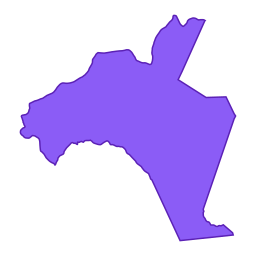 Duyure, Choluteca, Honduras (Albers equal-area conic projection)
{"feature_id": "27666195B17818037881186", "entity_name": "Duyure", "entity_type": "district", "adm_level": 2, "iso_a3": "HND", "parent_name": "Honduras", "parent_adm1": "Choluteca", "projection": "albers", "projection_center": [-86.827, 13.631], "detail": "fine", "context": "isolated", "style": "filled", "palette": "violet", "viewbox_px": 256, "rotation_deg": 0, "n_neighbors": 0, "source": "geoboundaries", "source_scale": "gbopen_adm2", "svg_char_len": 5652}
<svg xmlns="http://www.w3.org/2000/svg" viewBox="0 0 256 256"><path d="M233.2,235.0L232.6,232.8L223.3,224.8L221.1,225.8L220.7,225.8L219.8,225.6L219.4,225.6L219.1,225.6L218.3,225.9L217.7,226.4L217.3,226.4L216.6,226.4L215.8,226.2L215.4,226.0L215.0,225.6L214.7,225.5L214.1,225.2L213.6,225.0L213.1,225.0L212.3,225.0L211.6,225.0L211.2,225.0L210.9,225.0L210.5,224.5L210.0,223.5L209.4,222.6L209.0,222.2L208.8,222.0L208.5,221.9L207.7,221.8L207.4,221.7L207.1,221.6L206.5,221.1L205.9,220.4L204.9,218.3L204.2,217.5L203.8,216.9L203.7,216.7L203.4,215.9L203.3,215.0L203.2,212.7L203.3,212.2L203.6,212.0L203.7,211.9L203.8,211.5L203.8,211.1L203.7,210.8L203.4,210.1L203.3,209.7L203.3,209.2L203.4,208.7L234.1,118.9L235.6,116.0L234.1,113.7L226.0,96.9L206.1,97.5L178.1,79.7L182.1,71.4L204.8,20.8L205.1,20.6L204.6,20.2L203.7,19.8L203.1,19.7L200.5,19.7L199.2,19.9L198.4,19.9L197.8,19.6L197.2,19.3L196.1,18.6L195.3,18.3L194.4,18.1L193.7,18.0L193.2,18.0L192.5,18.1L191.1,18.6L189.9,19.0L189.2,19.4L188.8,19.6L188.0,20.4L187.5,21.1L187.4,21.4L187.3,21.9L187.2,22.2L186.9,22.9L186.5,23.4L185.9,24.1L184.1,25.8L183.4,26.3L183.1,26.4L182.9,26.4L182.7,26.3L182.1,25.8L180.7,24.6L180.3,24.1L179.9,23.5L179.5,22.7L178.0,19.5L177.4,18.3L176.5,16.4L176.2,16.0L176.0,15.8L175.9,15.7L174.6,15.4L173.9,15.4L173.6,15.5L173.3,15.8L173.1,16.3L173.0,17.2L172.9,18.1L172.8,18.4L172.4,19.3L171.8,20.1L171.5,20.5L170.7,21.1L169.7,22.0L168.1,24.0L167.1,25.2L166.7,25.7L166.4,26.2L166.1,26.6L165.7,27.0L165.1,27.3L162.2,29.0L161.7,29.4L161.0,30.0L160.5,30.6L158.8,33.2L157.7,34.7L156.7,36.2L155.7,38.0L154.0,42.6L153.9,43.5L152.5,47.5L152.3,48.3L152.3,48.9L152.3,49.3L151.9,52.9L152.1,54.2L152.2,54.7L152.6,55.6L152.7,56.5L152.7,57.2L152.7,58.2L152.5,60.1L152.4,60.8L151.7,63.2L151.5,63.5L151.3,63.9L151.0,64.1L150.7,64.3L150.3,64.4L149.9,64.5L149.6,64.5L146.5,63.2L145.5,62.9L144.3,62.8L143.0,62.9L142.5,62.8L141.9,62.7L140.5,62.2L138.7,61.3L137.3,60.8L136.7,60.5L136.4,60.2L136.0,59.7L135.5,58.7L135.0,57.4L134.8,57.0L133.7,55.5L132.5,53.5L131.7,52.3L131.1,51.7L130.0,50.7L129.3,50.2L129.0,50.1L128.6,49.9L127.6,49.8L127.0,49.8L126.6,49.8L126.1,49.9L124.7,50.3L122.6,50.7L121.5,50.8L119.6,50.9L116.7,51.2L111.5,51.9L109.4,52.3L106.9,52.7L105.0,53.0L104.0,53.1L102.3,53.0L100.6,52.9L98.6,52.7L98.2,52.7L97.9,52.7L97.6,53.0L97.1,53.3L96.2,54.1L95.6,55.1L95.1,56.0L93.6,58.1L92.8,59.2L92.6,59.7L92.5,60.1L92.5,61.3L92.4,62.2L92.4,62.7L92.2,63.3L92.0,63.7L91.5,64.7L89.4,68.3L88.6,70.5L88.4,70.9L88.0,71.4L87.1,72.6L86.4,73.3L85.7,74.1L85.1,74.8L84.1,75.5L82.6,76.7L81.7,77.2L80.5,77.7L79.1,78.5L74.6,81.4L73.4,82.0L70.4,82.9L69.2,83.1L67.3,83.3L66.0,83.3L64.6,83.1L63.5,83.0L62.6,83.0L61.2,83.5L59.8,84.5L57.4,87.1L56.6,88.3L55.7,89.7L54.9,90.7L54.1,91.7L53.2,92.5L52.0,93.3L51.0,93.7L47.0,95.4L42.7,98.3L40.6,98.9L38.4,99.9L36.4,100.6L34.7,101.0L31.9,102.4L30.0,103.3L29.6,103.5L29.4,104.7L29.4,105.5L29.5,106.6L29.6,107.2L29.7,107.6L29.7,108.0L29.7,108.4L29.5,109.0L29.1,109.9L28.8,111.2L28.5,112.1L27.9,113.1L27.7,113.3L26.9,113.9L26.1,114.5L22.5,115.2L21.9,115.5L21.6,115.7L21.5,115.9L21.4,116.2L21.4,116.6L21.9,117.7L23.0,121.2L23.1,121.6L23.1,122.3L23.2,122.5L23.5,122.9L23.8,123.9L24.1,124.8L24.4,125.4L24.9,126.2L25.0,126.7L25.0,126.9L24.8,127.1L24.4,127.5L24.0,127.7L23.3,127.9L22.8,128.2L21.5,129.4L21.0,129.9L20.7,130.4L20.6,130.6L20.5,131.3L20.4,131.9L20.4,132.4L20.5,132.9L20.6,133.3L20.7,133.6L21.0,134.0L21.3,134.4L21.7,134.9L22.7,135.6L23.2,136.0L23.8,136.8L24.2,137.1L24.9,137.6L25.3,137.8L25.7,137.9L26.5,138.0L27.9,138.1L28.7,138.1L29.1,138.0L29.5,137.9L29.9,137.6L32.1,135.8L32.4,135.6L32.6,135.5L33.7,135.7L34.8,135.9L37.9,137.8L38.3,138.1L38.8,138.6L39.2,139.2L39.4,139.9L39.6,140.6L39.8,141.7L39.9,143.6L40.0,145.5L40.2,147.9L40.4,149.9L40.5,150.4L40.7,151.0L40.9,151.2L41.1,151.4L41.7,151.8L42.0,152.0L44.1,154.2L46.2,157.8L48.4,160.1L49.5,161.1L50.3,161.7L51.8,162.6L53.4,163.3L53.9,163.6L54.5,164.1L54.6,164.4L54.7,164.8L54.8,164.9L55.0,165.0L55.1,164.9L55.5,164.4L55.9,163.6L56.1,162.7L56.3,162.4L57.0,161.1L57.6,160.2L57.7,159.9L58.0,158.1L58.4,157.5L59.8,155.8L62.7,154.4L63.2,154.1L63.4,153.9L63.6,153.6L63.8,153.2L63.9,152.8L64.0,152.0L64.3,151.2L64.9,150.3L66.6,147.8L70.1,144.3L71.0,143.2L71.6,142.8L72.1,142.6L72.4,142.6L72.6,142.6L72.8,142.7L73.0,142.9L73.2,143.0L74.0,143.3L74.5,143.3L75.1,143.2L75.3,143.3L76.2,143.8L76.9,144.3L77.2,144.4L77.4,144.4L77.5,144.0L77.6,143.1L77.4,142.4L77.5,142.2L77.8,142.2L78.3,142.3L79.6,142.2L80.2,141.8L80.8,141.6L81.2,141.4L81.4,141.5L83.0,142.1L83.3,142.2L83.6,142.0L84.0,141.5L84.6,140.9L84.8,140.8L85.0,140.7L86.1,140.5L88.8,140.5L89.7,140.4L90.3,140.2L90.5,140.2L90.8,140.5L92.0,141.3L92.2,141.6L92.7,142.2L93.2,142.6L93.6,142.9L94.2,143.2L97.6,144.3L99.0,144.6L100.1,144.7L100.6,144.6L101.1,144.4L101.7,144.0L103.5,142.7L104.4,142.1L106.2,141.2L106.8,140.9L107.1,140.9L107.5,141.0L107.8,141.1L108.2,141.4L108.6,141.7L109.0,142.2L109.6,143.0L110.2,144.2L110.4,144.5L110.7,144.6L111.0,144.7L112.5,144.6L112.8,144.7L113.7,145.0L115.7,146.0L116.7,146.4L117.2,146.5L117.8,146.3L118.1,146.3L119.3,146.5L120.6,146.8L121.3,146.8L121.7,146.8L122.1,146.9L122.6,147.1L122.9,147.3L123.4,147.6L123.9,148.1L124.5,148.6L125.1,149.3L125.5,149.8L125.7,150.3L126.1,151.3L126.4,152.1L126.8,152.8L127.0,153.1L127.9,153.8L129.1,154.4L129.7,154.9L130.2,155.4L132.1,157.5L135.5,161.0L135.7,161.3L136.0,161.9L136.2,162.3L136.7,163.0L137.2,163.5L137.6,163.9L140.7,166.1L141.3,166.6L141.6,167.0L141.9,167.6L142.4,168.2L143.2,169.3L143.9,170.2L144.6,170.9L145.2,171.4L147.7,173.0L148.3,173.4L148.6,173.6L149.5,175.8L149.9,176.7L150.6,178.9L151.3,179.5L151.9,179.9L180.1,240.6L233.2,235.0Z" fill="#8b5cf6" stroke="#5b21b6" stroke-width="1.5"/></svg>